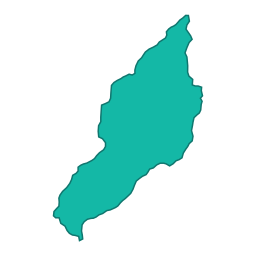 Jesuânia, Minas Gerais, Brazil
{"feature_id": "56859067B57455178393428", "entity_name": "Jesuânia", "entity_type": "district", "adm_level": 2, "iso_a3": "BRA", "parent_name": "Brazil", "parent_adm1": "Minas Gerais", "projection": "equal_earth", "projection_center": [-45.279, -22.008], "detail": "fine", "context": "isolated", "style": "filled", "palette": "teal", "viewbox_px": 256, "rotation_deg": 0, "n_neighbors": 0, "source": "geoboundaries", "source_scale": "gbopen_adm2", "svg_char_len": 1913}
<svg xmlns="http://www.w3.org/2000/svg" viewBox="0 0 256 256"><path d="M145.4,52.0L143.5,54.8L141.6,57.8L138.3,60.9L136.0,65.7L134.9,70.0L134.9,73.4L132.2,75.0L129.1,74.2L125.8,75.9L123.2,77.0L121.0,78.6L117.3,80.4L114.0,82.5L111.5,85.4L111.0,91.7L110.6,98.3L109.0,101.8L105.6,103.5L101.6,105.1L101.2,110.8L100.8,117.2L100.8,121.7L98.6,125.7L98.2,131.3L98.7,136.9L102.5,138.7L105.5,142.7L105.5,146.5L103.6,149.8L99.6,152.6L96.7,155.6L94.5,158.6L92.0,160.4L89.5,161.7L86.8,163.1L83.4,164.0L80.6,165.3L78.1,167.2L78.1,171.0L76.2,173.3L72.7,175.3L71.6,179.5L69.8,183.4L66.7,187.6L62.6,191.4L60.0,195.1L58.9,198.1L59.2,202.1L58.9,206.2L56.5,208.7L54.0,211.5L53.5,215.8L55.7,217.8L59.1,217.8L60.8,223.3L65.0,226.1L67.1,230.5L69.4,233.3L72.4,235.0L75.2,235.4L78.7,236.4L79.5,240.6L82.7,239.0L82.3,235.2L81.5,231.0L82.1,224.8L84.2,221.7L87.3,219.3L90.8,218.4L93.4,218.2L96.1,217.0L98.9,214.9L102.7,213.5L106.8,210.6L110.2,209.9L112.9,208.7L115.5,207.5L117.8,206.0L120.4,202.8L122.7,200.5L125.3,198.5L128.4,195.6L130.7,193.4L133.0,189.2L134.5,185.1L136.3,181.0L139.4,178.5L142.4,176.3L146.1,174.6L147.9,172.1L149.6,169.1L153.4,167.9L156.7,164.9L160.2,163.2L163.8,163.2L166.2,163.9L169.6,165.9L173.2,163.7L176.0,160.8L179.2,159.6L182.0,157.8L183.3,153.1L185.8,149.1L187.7,146.5L189.2,143.6L192.2,140.9L193.0,136.2L191.5,130.6L192.5,125.4L193.0,122.1L194.0,117.7L196.8,115.0L199.3,113.0L200.7,110.0L201.2,104.4L202.1,101.3L200.4,98.2L202.5,95.8L201.3,90.7L201.6,87.2L198.1,86.0L195.2,86.0L192.3,84.9L192.7,79.4L188.9,76.1L187.6,72.2L187.7,65.8L187.3,61.2L186.9,57.0L185.0,52.9L186.9,47.6L189.1,42.5L192.1,39.3L190.6,35.8L188.6,32.9L186.0,29.2L186.9,25.0L189.4,21.2L188.4,15.5L185.7,15.4L182.7,18.1L179.8,20.1L177.8,22.5L175.9,24.6L173.6,26.1L171.1,27.2L168.7,29.0L166.4,31.8L166.8,35.1L165.5,38.0L162.4,40.0L159.3,42.0L157.2,44.9L153.4,47.1L149.1,49.1L145.4,52.0Z" fill="#14b8a6" stroke="#0f766e" stroke-width="1.5"/></svg>